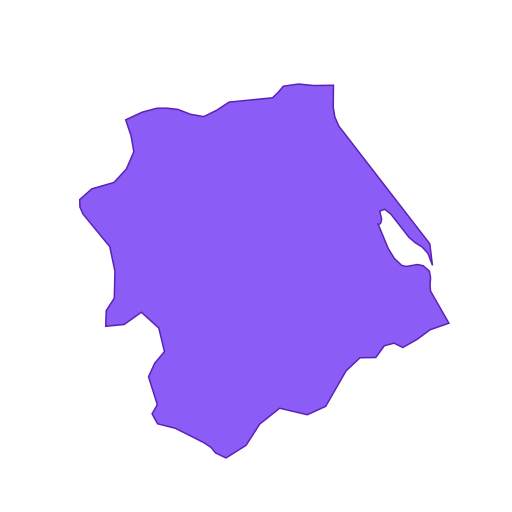 SVG path tracing the border of Gampaha, rotated 158°
{"feature_id": "LKA-2471", "entity_name": "Gampaha", "entity_type": "District", "adm_level": 1, "iso_a3": "LKA", "parent_name": "Sri Lanka", "parent_adm1": "", "projection": "orthographic", "projection_center": [79.983, 7.117], "detail": "fine", "context": "isolated", "style": "filled", "palette": "violet", "viewbox_px": 512, "rotation_deg": 158, "n_neighbors": 0, "source": "natural_earth", "source_scale": "10m", "svg_char_len": 1180}
<svg xmlns="http://www.w3.org/2000/svg" viewBox="0 0 512 512"><g transform="rotate(158 256 256)"><path d="M120.2,385.3L128.6,365.2L130.8,355.5L130.6,345.6L90.3,202.2L95.9,181.2L95.6,194.1L98.7,202.3L103.3,208.5L107.2,216.0L115.3,244.4L119.3,251.2L124.5,251.2L125.7,243.1L128.1,239.7L130.2,239.1L130.3,239.1L130.8,239.6L130.6,213.7L128.7,202.1L124.5,192.8L120.5,190.0L109.4,187.6L104.5,184.3L104.0,183.1L100.9,177.0L102.3,170.3L105.5,164.0L107.3,158.0L102.3,121.4L122.3,122.4L138.0,118.3L154.2,116.2L160.7,123.5L170.7,124.7L183.0,117.0L197.7,122.7L215.6,115.7L247.7,90.5L267.9,89.6L291.1,106.0L315.5,98.8L336.1,84.2L359.5,80.0L367.2,88.4L369.5,95.6L374.4,102.6L395.4,126.5L410.1,137.3L411.5,148.6L403.2,155.1L400.9,184.3L390.0,194.6L376.7,201.6L373.1,225.6L383.4,246.8L403.9,241.9L421.7,247.1L415.3,261.5L403.2,270.0L392.5,294.7L388.1,319.4L400.7,359.7L400.9,367.4L398.3,374.4L383.0,379.8L360.2,377.4L343.6,385.2L330.2,398.5L326.8,414.4L325.8,431.1L307.7,432.0L292.8,430.2L283.1,426.4L273.5,421.2L263.6,411.9L252.2,404.8L237.8,405.9L223.3,408.8L181.4,396.5L173.8,399.6L167.1,403.2L152.3,399.6L138.3,392.3L120.2,385.3Z" fill="#8b5cf6" stroke="#5b21b6" stroke-width="1.5"/></g></svg>